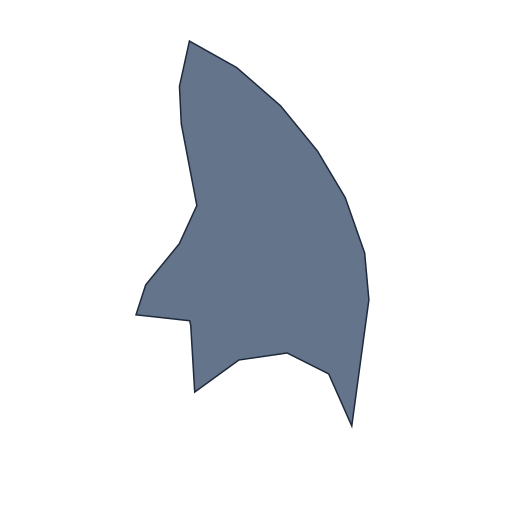 Kermadec Islands, Equal Earth projection, rotated 33°
{"feature_id": "NZL-5471", "entity_name": "Kermadec Islands", "entity_type": "state/province", "adm_level": 1, "iso_a3": "NZL", "parent_name": "New Zealand", "parent_adm1": "", "projection": "equal_earth", "projection_center": [-177.908, -29.257], "detail": "fine", "context": "isolated", "style": "filled", "palette": "slate", "viewbox_px": 512, "rotation_deg": 33, "n_neighbors": 0, "source": "natural_earth", "source_scale": "10m", "svg_char_len": 420}
<svg xmlns="http://www.w3.org/2000/svg" viewBox="0 0 512 512"><g transform="rotate(33 256 256)"><path d="M235.7,346.4L187.4,370.7L179.2,340.2L185.0,287.6L178.9,245.9L121.3,185.8L99.4,155.4L83.1,112.0L137.3,108.5L194.9,116.7L250.4,134.5L299.0,158.4L345.5,194.3L374.5,231.2L428.9,346.4L381.2,315.3L334.9,320.4L298.3,352.5L278.7,403.5L239.1,349.8L235.7,346.4Z" fill="#64748b" stroke="#1e293b" stroke-width="1.5"/></g></svg>